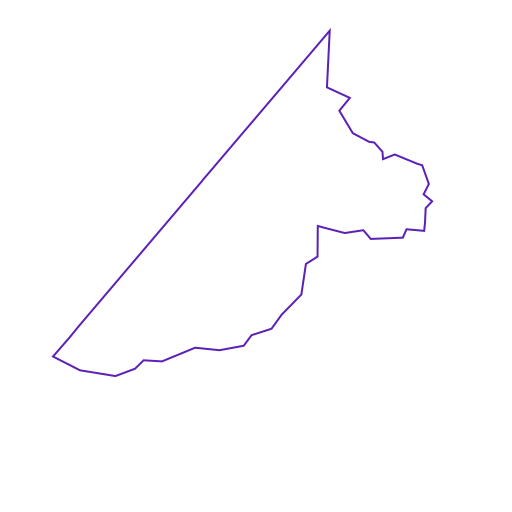 outline of Caroline, Maryland, United States of America, rotated 224°
{"feature_id": "52423323B10584672826222", "entity_name": "Caroline", "entity_type": "district", "adm_level": 2, "iso_a3": "USA", "parent_name": "United States of America", "parent_adm1": "Maryland", "projection": "natural_earth1", "projection_center": [-75.855, 38.889], "detail": "fine", "context": "isolated", "style": "outline", "palette": "violet", "viewbox_px": 512, "rotation_deg": 224, "n_neighbors": 0, "source": "geoboundaries", "source_scale": "gbopen_adm2", "svg_char_len": 843}
<svg xmlns="http://www.w3.org/2000/svg" viewBox="0 0 512 512"><g transform="rotate(224 256 256)"><path d="M196.8,231.6L196.6,259.8L214.6,285.0L211.3,298.3L232.4,320.5L223.2,325.6L208.1,334.2L196.7,349.1L185.3,348.0L163.1,371.2L166.3,379.8L152.5,390.9L157.6,397.4L167.2,408.3L167.3,417.7L178.3,416.8L181.7,427.9L199.5,436.7L204.5,434.2L226.7,425.4L231.9,413.9L237.4,418.8L249.8,419.8L253.9,416.7L271.7,411.6L297.0,418.4L298.3,434.9L322.1,426.6L359.5,469.3L355.7,410.3L352.5,359.9L350.6,329.4L349.5,312.3L349.1,305.9L349.1,305.7L348.9,303.0L348.2,291.7L348.1,290.8L347.1,273.6L346.9,272.7L345.5,250.8L335.9,100.4L334.8,83.4L333.4,66.4L333.2,61.8L332.2,42.7L303.2,51.5L273.7,72.0L264.7,91.0L264.4,102.9L250.4,114.9L236.1,147.7L216.8,162.9L202.5,182.9L204.2,196.0L194.3,214.5L196.8,231.6Z" fill="none" stroke="#5b21b6" stroke-width="2"/></g></svg>